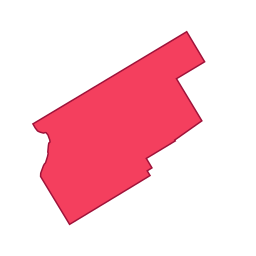 Harmon, Oklahoma, United States of America (orthographic projection), rotated 59°
{"feature_id": "52423323B18210039689715", "entity_name": "Harmon", "entity_type": "district", "adm_level": 2, "iso_a3": "USA", "parent_name": "United States of America", "parent_adm1": "Oklahoma", "projection": "orthographic", "projection_center": [-99.881, 34.769], "detail": "fine", "context": "isolated", "style": "filled", "palette": "rose", "viewbox_px": 256, "rotation_deg": 59, "n_neighbors": 0, "source": "geoboundaries", "source_scale": "gbopen_adm2", "svg_char_len": 638}
<svg xmlns="http://www.w3.org/2000/svg" viewBox="0 0 256 256"><g transform="rotate(59 128 128)"><path d="M76.4,207.4L80.1,207.5L83.6,207.1L84.6,206.7L86.5,205.3L88.6,203.3L89.0,202.7L89.0,202.2L89.3,201.3L89.9,200.6L92.7,200.2L97.9,201.2L99.8,202.0L100.2,203.7L102.1,205.3L107.4,209.2L108.3,209.3L109.0,209.8L111.1,211.8L115.1,216.3L115.5,217.0L115.8,218.2L116.8,219.9L121.8,226.1L124.5,227.9L180.5,227.7L180.2,144.7L180.1,133.6L174.6,133.6L174.5,128.0L163.5,128.0L163.4,94.2L162.4,94.3L159.9,61.0L110.7,61.1L110.7,28.2L75.7,28.1L75.6,136.4L75.6,136.5L75.5,207.4L76.4,207.4Z" fill="#f43f5e" stroke="#9f1239" stroke-width="1.5"/></g></svg>